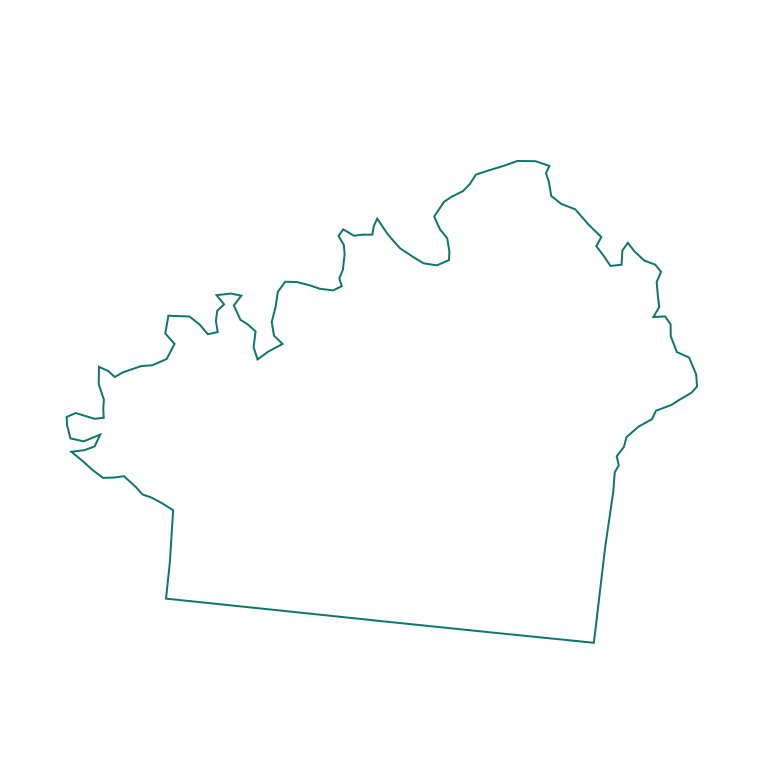 Uraí, Paraná, Brazil, rotated 277°
{"feature_id": "56859067B91534490521731", "entity_name": "Uraí", "entity_type": "district", "adm_level": 2, "iso_a3": "BRA", "parent_name": "Brazil", "parent_adm1": "Paraná", "projection": "robinson", "projection_center": [-50.799, -23.207], "detail": "fine", "context": "isolated", "style": "outline", "palette": "teal", "viewbox_px": 768, "rotation_deg": 277, "n_neighbors": 0, "source": "geoboundaries", "source_scale": "gbopen_adm2", "svg_char_len": 1873}
<svg xmlns="http://www.w3.org/2000/svg" viewBox="0 0 768 768"><g transform="rotate(277 384 384)"><path d="M535.5,638.7L538.2,627.3L546.2,616.4L553.8,608.8L545.4,604.3L531.3,605.3L528.8,594.4L537.9,586.5L546.7,577.9L556.3,581.8L567.3,567.4L580.7,552.5L584.3,538.1L591.1,527.0L604.3,523.2L612.9,519.1L620.6,521.6L623.6,507.2L621.6,489.2L615.1,476.2L609.2,462.8L603.0,449.7L593.1,444.9L585.1,438.9L578.2,428.4L572.2,421.4L556.3,413.4L544.2,420.8L536.4,429.0L523.1,432.8L514.9,433.4L508.2,422.0L508.6,408.6L513.6,397.5L520.6,383.5L527.0,376.1L533.5,369.1L547.3,357.1L539.4,354.6L530.8,354.2L529.7,345.1L527.5,336.1L532.5,324.7L525.3,320.8L517.1,327.2L508.1,329.1L492.6,329.3L483.6,326.8L475.9,330.1L470.7,322.1L470.7,308.7L472.9,298.4L474.6,284.9L473.4,273.4L462.5,267.4L447.1,267.0L432.0,265.0L418.6,268.9L411.4,278.4L401.9,265.0L393.0,255.5L404.5,250.1L420.5,250.1L426.3,241.9L430.3,233.6L443.7,225.4L454.3,231.6L455.1,221.0L451.8,207.0L443.6,215.5L436.2,209.5L426.0,209.5L415.3,212.6L411.9,203.1L420.5,193.8L427.3,182.7L425.5,161.7L407.6,160.7L398.2,171.2L382.3,165.2L374.4,151.8L372.2,140.9L364.0,123.8L358.1,115.9L363.2,108.9L366.3,99.0L349.1,100.9L334.3,107.9L325.8,108.3L316.3,109.9L314.2,100.9L317.6,81.5L312.6,73.0L304.4,74.5L291.8,79.4L290.5,93.0L299.2,108.5L286.8,104.4L281.9,94.9L278.6,81.9L270.7,94.5L263.0,105.4L256.6,116.5L258.3,127.7L260.8,137.2L251.4,150.3L244.9,157.8L242.9,167.2L239.0,177.3L233.0,190.1L180.6,193.2L144.4,193.8L148.3,409.9L149.3,461.4L150.5,521.6L152.7,623.8L165.9,623.8L249.0,623.4L305.2,624.7L324.5,623.8L331.9,626.9L340.6,623.8L350.8,629.8L360.7,631.1L372.7,641.8L381.8,654.3L390.6,657.2L398.2,671.7L404.0,678.7L412.8,690.2L419.6,695.0L431.5,692.7L447.4,683.6L451.4,670.8L466.3,662.8L478.1,661.2L485.3,654.8L483.3,643.2L494.0,647.8L504.7,645.1L518.4,642.2L529.1,645.3L535.5,638.7Z" fill="none" stroke="#0f766e" stroke-width="2"/></g></svg>